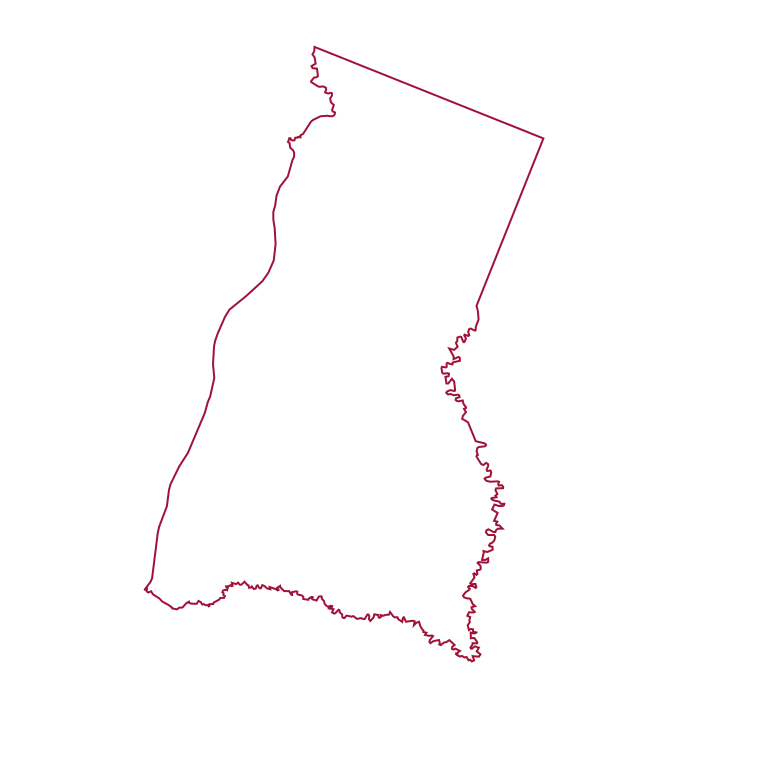 Chong Kal, Otdar Mean Chey, Cambodia (Natural Earth projection), rotated 292°
{"feature_id": "14789045B71050789066686", "entity_name": "Chong Kal", "entity_type": "district", "adm_level": 2, "iso_a3": "KHM", "parent_name": "Cambodia", "parent_adm1": "Otdar Mean Chey", "projection": "natural_earth1", "projection_center": [103.539, 14.003], "detail": "fine", "context": "isolated", "style": "outline", "palette": "rose", "viewbox_px": 768, "rotation_deg": 292, "n_neighbors": 0, "source": "geoboundaries", "source_scale": "gbopen_adm2", "svg_char_len": 6160}
<svg xmlns="http://www.w3.org/2000/svg" viewBox="0 0 768 768"><g transform="rotate(292 384 384)"><path d="M161.5,571.1L164.9,568.2L166.7,574.1L169.5,574.7L170.9,570.1L175.1,570.7L174.8,566.5L171.7,564.8L171.2,563.8L172.0,562.9L175.8,563.7L176.9,563.2L178.3,567.4L179.5,567.3L182.3,562.9L180.8,559.8L186.0,557.5L186.2,560.2L187.2,562.2L188.2,562.6L187.8,559.4L189.9,558.3L189.4,556.3L187.7,554.9L191.7,552.0L195.3,552.8L197.0,551.6L200.2,551.2L200.3,548.1L204.2,548.3L205.5,552.3L206.7,553.5L208.4,549.5L209.9,548.8L212.2,551.7L213.1,548.8L217.2,544.4L216.2,540.5L216.3,537.9L217.5,536.5L221.5,537.7L225.2,540.2L226.2,540.3L227.2,538.0L228.5,538.3L229.9,541.9L229.3,545.4L230.0,545.8L232.9,543.7L230.9,539.5L231.5,538.6L238.4,540.4L241.4,538.0L242.3,538.6L241.6,541.2L242.6,541.8L246.0,539.9L247.6,542.5L249.0,542.9L251.5,541.6L253.2,537.8L254.2,538.2L256.5,545.2L257.3,546.9L258.2,547.2L261.4,545.9L258.8,543.8L257.6,540.8L265.0,539.7L266.4,538.8L266.9,542.7L271.0,546.8L273.8,545.5L273.1,542.8L273.6,541.9L275.7,542.1L277.4,543.8L280.1,544.9L284.0,544.4L285.3,542.7L283.0,537.2L284.6,534.1L286.8,533.8L288.4,535.3L287.8,540.9L288.5,542.7L290.4,542.6L292.5,543.8L294.3,548.1L296.1,543.9L295.3,541.0L296.3,540.3L298.8,540.7L298.4,537.3L307.0,537.7L308.1,531.2L313.6,531.6L313.9,536.0L315.1,539.5L316.5,540.6L318.0,540.4L316.7,537.2L318.1,535.1L317.1,528.6L317.8,526.5L318.6,526.6L321.2,530.7L322.3,529.1L324.3,530.4L327.5,527.0L329.3,527.1L331.9,533.4L333.3,533.1L334.3,531.1L332.8,528.3L333.8,527.5L336.4,527.3L336.4,526.1L333.2,519.1L332.6,515.5L333.3,513.5L334.0,512.7L335.2,513.4L338.1,517.2L342.1,516.6L343.7,515.1L342.0,512.3L342.4,511.7L343.7,511.1L346.9,511.4L348.7,510.5L349.1,508.2L346.2,506.6L346.1,504.4L347.0,502.9L351.4,496.9L352.8,496.8L353.4,497.6L356.2,495.1L359.7,494.5L361.1,495.6L364.1,501.0L365.7,501.5L366.5,500.5L366.6,498.9L365.3,490.5L380.0,476.2L381.0,469.5L384.0,469.1L388.7,470.5L390.9,467.5L392.5,469.0L393.2,468.7L395.3,465.2L398.2,463.2L395.9,459.7L395.6,457.7L396.1,456.3L397.8,456.1L400.1,459.0L401.6,458.0L401.9,456.8L399.7,452.9L399.7,449.6L398.3,447.3L399.2,445.0L400.5,445.2L403.2,447.8L403.9,451.9L404.6,452.4L412.6,448.1L414.3,445.0L408.6,443.4L407.9,441.7L413.6,438.3L415.4,440.9L417.9,440.4L417.9,439.2L415.8,435.0L416.2,433.8L420.3,431.3L421.7,431.4L422.6,435.3L423.5,435.7L426.4,434.3L427.5,435.0L427.3,437.8L427.9,440.1L429.4,439.6L430.1,440.2L434.0,445.7L436.8,444.3L437.0,442.9L433.1,439.2L435.7,438.2L441.3,431.2L441.9,436.2L446.1,438.3L449.2,435.2L451.3,435.9L454.5,434.6L456.5,436.9L456.5,438.1L452.9,441.6L452.7,442.5L453.5,442.9L457.0,442.9L459.1,440.2L460.0,440.2L460.1,444.2L461.2,444.8L463.7,442.6L466.6,442.3L467.9,443.5L467.5,448.1L468.0,448.8L471.6,447.7L479.3,447.5L486.7,443.8L491.1,440.5L671.4,439.8L670.5,193.3L666.3,194.7L662.8,194.2L660.8,197.4L655.4,200.6L651.6,197.7L650.1,199.4L651.3,203.8L644.6,207.4L642.9,206.3L641.9,204.3L637.5,203.0L636.7,203.3L635.3,210.8L635.4,213.0L637.1,216.0L636.9,219.2L635.2,220.2L632.5,220.0L632.2,220.8L632.5,223.6L634.1,225.6L634.1,226.8L631.8,227.7L628.5,227.1L625.2,229.4L623.9,233.0L618.5,233.2L617.5,234.5L617.4,236.9L615.7,237.2L614.5,237.2L612.6,235.4L611.5,231.1L608.5,224.9L602.5,219.5L600.2,218.1L585.7,215.3L583.0,213.3L581.4,214.2L580.7,211.5L580.0,211.5L579.1,209.5L576.2,209.6L575.3,206.6L576.9,205.1L576.4,204.1L572.4,204.4L572.0,206.2L568.0,208.4L566.7,212.0L564.9,214.0L560.8,215.6L557.6,215.2L540.4,217.1L528.0,213.6L518.3,213.8L508.5,216.3L502.1,216.9L495.0,219.8L487.8,224.1L473.3,231.0L457.3,235.5L443.8,235.1L433.7,232.7L414.0,223.3L395.0,212.8L386.5,211.4L368.5,210.9L360.3,211.3L355.0,212.4L338.4,218.0L326.0,224.4L307.3,227.5L301.2,227.4L290.2,228.7L246.7,228.0L230.9,225.0L210.9,223.6L205.0,224.4L189.3,228.5L167.3,229.0L160.9,230.1L116.8,241.8L113.0,241.6L103.1,239.0L105.2,240.9L102.9,241.7L102.3,243.4L104.6,245.8L102.5,248.4L101.0,256.1L99.2,260.0L98.4,267.0L97.3,271.3L96.6,271.7L97.5,276.5L99.9,277.9L101.3,280.9L106.7,282.8L109.1,284.7L108.1,285.4L108.2,287.7L110.0,292.6L113.4,293.3L113.1,295.8L111.5,298.1L112.4,299.2L112.0,301.3L113.3,303.9L112.2,304.7L112.7,305.3L114.6,304.7L116.0,308.1L117.5,307.9L122.1,311.8L124.4,312.5L125.8,315.9L127.7,315.9L128.2,314.2L130.0,313.5L130.3,312.2L132.2,312.1L133.9,314.2L134.0,315.8L137.0,315.4L136.5,314.1L137.2,313.4L138.3,315.8L139.9,316.9L139.5,318.3L140.1,319.2L142.7,317.4L143.0,321.7L145.2,323.2L143.9,325.2L144.5,327.0L148.4,328.7L146.4,332.8L146.5,333.9L144.5,335.1L145.3,336.8L146.8,337.3L145.1,340.1L146.4,341.7L149.3,341.5L150.0,342.3L148.4,344.3L148.0,345.4L148.6,346.4L151.9,346.5L151.9,348.9L150.7,351.9L151.1,355.4L152.9,354.1L153.3,360.7L152.8,362.7L153.6,363.4L155.1,361.3L157.9,363.3L156.7,364.0L154.6,369.0L156.4,373.6L153.9,377.0L154.0,377.8L156.5,376.7L159.0,380.4L158.9,381.5L156.9,382.1L156.5,383.4L157.2,386.6L156.6,388.8L154.4,389.7L155.6,394.7L156.9,394.7L159.5,396.7L159.7,397.7L157.9,397.6L157.6,398.7L158.0,402.6L162.5,403.2L163.7,405.6L161.4,407.1L160.4,409.6L157.8,411.5L156.7,413.9L156.5,415.5L158.3,417.5L158.6,419.2L157.4,419.2L155.9,416.7L155.2,416.8L156.3,421.5L152.8,421.4L152.4,423.7L153.2,424.7L157.7,426.4L157.5,427.6L155.6,428.5L154.8,431.4L152.3,432.7L151.8,433.9L152.3,435.1L154.9,435.8L155.5,437.0L156.0,440.8L157.3,442.5L156.1,447.0L158.3,450.3L158.3,453.0L159.0,454.2L164.1,455.0L164.4,456.0L163.3,457.3L160.3,458.2L159.2,460.1L163.3,461.7L166.9,461.4L167.6,465.3L165.6,466.4L165.6,467.5L167.3,468.6L168.5,467.6L169.0,470.5L170.3,471.5L172.0,475.0L174.9,475.0L172.1,479.5L171.6,481.3L172.8,483.9L171.2,485.5L170.3,490.0L174.2,489.2L175.2,489.8L171.8,493.5L175.3,499.3L175.5,501.3L171.6,502.1L174.7,503.4L176.7,505.6L173.2,508.3L170.6,511.7L170.4,512.9L168.8,513.3L169.3,516.5L166.7,516.1L167.3,519.9L168.8,522.7L168.6,523.9L163.6,522.4L161.6,522.9L161.1,524.2L164.2,526.2L167.2,530.9L164.4,533.0L163.2,532.8L163.2,534.5L166.6,536.3L168.0,538.4L171.0,540.6L168.5,547.2L165.9,545.7L163.9,546.2L163.9,548.1L165.4,549.4L164.9,554.4L162.9,553.1L161.0,553.2L161.3,551.9L160.5,552.0L160.0,553.4L159.8,556.6L161.1,558.2L160.6,561.1L161.8,562.9L159.5,565.8L160.6,567.1L159.6,569.3L161.5,571.1Z" fill="none" stroke="#9f1239" stroke-width="2"/></g></svg>